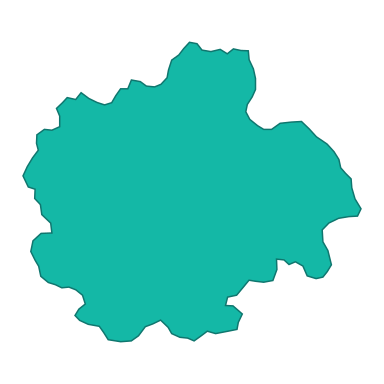 outline of Coronel Pacheco, Minas Gerais, Brazil
{"feature_id": "56859067B41803653618931", "entity_name": "Coronel Pacheco", "entity_type": "district", "adm_level": 2, "iso_a3": "BRA", "parent_name": "Brazil", "parent_adm1": "Minas Gerais", "projection": "mercator", "projection_center": [-43.291, -21.602], "detail": "fine", "context": "isolated", "style": "filled", "palette": "teal", "viewbox_px": 384, "rotation_deg": 0, "n_neighbors": 0, "source": "geoboundaries", "source_scale": "gbopen_adm2", "svg_char_len": 1727}
<svg xmlns="http://www.w3.org/2000/svg" viewBox="0 0 384 384"><path d="M331.4,264.8L327.9,250.6L322.9,241.8L322.2,229.9L328.9,223.0L338.6,218.3L348.9,216.6L357.5,216.1L361.0,208.8L355.0,198.9L351.8,187.9L351.1,178.9L345.4,173.2L340.7,167.8L338.9,159.5L334.0,151.7L327.1,144.1L316.4,136.8L309.3,129.0L301.5,121.5L291.2,122.1L280.1,123.3L271.6,129.4L263.7,129.4L257.6,125.7L249.8,119.4L245.8,111.8L247.3,104.5L252.2,96.9L255.5,89.5L255.5,78.5L253.4,68.9L249.1,59.7L248.3,50.8L240.9,50.5L233.4,48.9L227.3,53.8L220.2,49.4L210.9,51.6L202.0,50.1L197.0,43.7L189.5,42.3L183.8,48.5L178.8,55.0L171.7,60.1L168.5,70.0L167.1,77.7L161.0,84.3L154.6,86.9L146.4,86.1L140.3,81.6L131.4,80.0L127.8,88.8L120.6,88.8L115.7,95.8L111.7,102.7L104.6,104.9L97.1,102.5L88.9,98.5L81.1,92.7L75.7,99.5L67.2,97.6L62.5,102.7L56.5,108.4L59.7,116.1L59.7,126.7L51.9,130.2L44.4,129.4L36.9,134.8L36.5,143.3L38.3,150.2L32.6,157.8L27.3,166.6L23.0,175.9L28.3,187.0L35.1,189.2L34.7,198.5L40.4,204.6L41.8,214.6L50.7,223.1L51.9,233.0L41.1,233.4L33.0,240.8L30.8,251.5L35.1,260.2L38.7,266.3L40.8,276.3L48.3,282.5L55.4,284.7L61.8,287.8L68.9,287.1L75.8,289.8L82.5,295.2L85.3,304.0L78.9,309.1L75.0,315.5L79.7,320.4L88.2,324.3L99.3,326.3L103.6,332.4L108.2,339.7L120.7,341.7L131.3,340.9L138.5,335.8L145.3,326.7L152.8,323.9L160.6,320.1L168.1,327.3L171.7,333.6L179.9,337.3L187.7,338.1L194.1,340.9L201.2,335.8L207.3,331.2L215.6,333.6L228.0,331.2L237.0,329.4L238.3,322.4L242.3,314.0L233.0,305.9L225.5,305.5L227.6,297.1L236.6,295.2L243.7,286.7L249.0,280.2L255.8,281.3L263.7,282.2L272.9,280.5L276.9,269.5L276.5,259.1L284.0,259.9L289.0,264.5L295.4,261.8L302.9,266.0L307.2,275.9L316.1,278.6L322.9,277.1L327.2,271.7L331.4,264.8Z" fill="#14b8a6" stroke="#0f766e" stroke-width="1.5"/></svg>